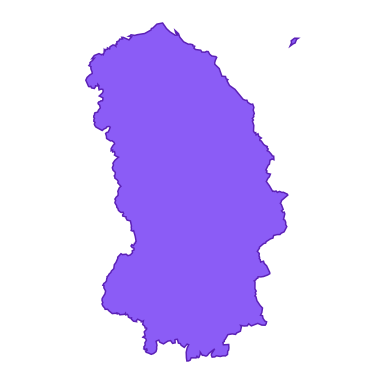 Annobon, Annobón, Equatorial Guinea
{"feature_id": "11065452B47830871634702", "entity_name": "Annobon", "entity_type": "district", "adm_level": 2, "iso_a3": "GNQ", "parent_name": "Equatorial Guinea", "parent_adm1": "Annobón", "projection": "albers", "projection_center": [5.634, -1.431], "detail": "fine", "context": "isolated", "style": "filled", "palette": "violet", "viewbox_px": 384, "rotation_deg": 0, "n_neighbors": 0, "source": "geoboundaries", "source_scale": "gbopen_adm2", "svg_char_len": 5965}
<svg xmlns="http://www.w3.org/2000/svg" viewBox="0 0 384 384"><path d="M105.1,309.3L107.6,309.3L108.8,310.7L112.3,313.6L115.3,313.3L117.2,313.8L117.1,313.0L118.9,313.7L119.8,314.8L124.8,314.3L125.5,313.3L125.8,314.9L127.4,314.4L128.1,315.4L128.4,317.1L130.3,318.1L131.5,317.9L131.4,319.2L133.5,321.2L136.6,321.7L136.3,320.7L137.7,319.2L141.1,320.9L141.3,321.9L143.4,320.8L142.7,324.5L144.7,326.2L145.1,328.0L146.6,328.1L146.7,329.0L144.2,331.9L145.2,335.9L143.5,336.5L142.9,337.3L144.3,337.6L145.8,338.8L146.4,340.2L144.9,342.8L145.2,345.0L143.8,347.0L144.4,348.3L143.8,348.9L144.9,349.7L146.7,348.9L147.1,350.3L145.6,351.2L146.2,352.3L148.4,353.0L151.2,354.3L153.6,353.5L156.0,351.6L156.7,349.0L156.6,346.9L157.0,345.3L156.1,341.3L156.8,340.9L158.8,340.1L159.8,342.2L163.5,343.9L167.9,341.1L170.6,340.6L172.6,343.4L175.2,342.8L174.9,339.8L175.9,339.4L177.4,339.3L178.4,343.1L180.3,343.6L181.2,345.3L184.3,347.4L187.1,344.1L188.7,344.7L187.1,348.2L186.2,352.2L186.4,357.9L186.9,361.0L188.6,360.9L190.1,360.2L191.2,357.8L196.1,357.9L197.0,356.3L198.1,357.7L199.0,357.2L200.3,354.0L200.3,352.3L202.3,355.3L203.6,355.3L206.0,356.1L207.4,355.4L208.8,353.5L214.7,348.8L211.4,354.0L211.4,355.4L212.1,357.1L214.8,356.9L216.4,355.8L220.3,356.5L222.9,355.8L225.5,355.9L227.5,354.5L227.7,351.1L228.6,350.1L228.9,347.9L228.7,344.5L223.4,344.8L222.9,342.5L224.3,341.5L224.3,340.1L225.1,339.4L227.9,334.6L232.3,333.9L235.6,334.4L236.6,333.0L240.4,331.2L241.4,326.8L240.6,325.4L244.1,326.0L247.3,325.8L248.7,323.8L251.3,325.9L257.8,323.4L261.8,325.1L265.2,325.2L266.1,323.8L266.6,321.8L264.8,321.0L263.0,318.3L262.5,315.7L260.5,315.2L261.8,312.6L262.5,308.0L260.2,305.6L256.9,300.7L256.0,296.9L254.9,295.9L255.9,294.3L255.3,292.4L256.2,291.1L254.9,288.8L255.0,281.9L254.2,280.9L255.6,280.0L256.7,278.5L257.8,278.2L258.1,276.8L260.9,276.9L263.6,276.5L267.6,275.0L269.8,273.7L269.7,272.4L266.6,265.8L264.2,263.4L263.5,261.2L260.7,262.0L260.2,259.5L259.3,258.6L259.6,257.2L259.0,255.9L259.3,253.5L257.3,251.3L259.4,248.3L259.4,247.2L263.7,243.5L265.6,243.1L266.2,241.6L270.6,238.8L272.9,238.1L273.6,235.5L277.0,234.6L280.0,234.5L281.2,233.2L284.1,231.8L286.8,226.6L285.7,224.6L285.7,222.2L284.8,220.1L283.5,219.5L284.8,213.9L284.2,212.1L283.0,212.5L281.5,210.9L283.2,209.4L281.3,204.4L280.3,203.3L281.3,201.7L281.4,200.6L287.8,195.1L287.4,194.2L283.5,192.3L281.8,192.4L279.5,191.4L277.4,192.4L276.1,191.0L274.2,191.5L273.5,191.1L272.6,191.3L269.3,185.6L266.3,181.5L268.0,178.2L269.3,176.9L270.4,174.1L267.4,173.4L266.4,172.2L267.0,171.0L265.9,169.9L268.2,165.2L269.4,164.2L270.0,160.2L272.1,159.0L273.9,159.7L273.7,156.2L272.2,155.8L271.6,154.6L268.9,151.5L267.2,150.7L268.2,149.0L266.9,147.6L267.3,146.5L265.2,145.6L263.6,144.4L261.3,141.0L259.9,140.5L259.8,139.1L261.3,138.0L258.8,136.4L258.0,133.8L256.1,134.9L255.7,132.6L254.7,132.9L253.5,131.2L253.8,125.4L252.4,121.1L253.4,120.0L252.3,118.5L253.8,116.7L253.5,115.2L254.3,113.6L253.2,110.1L253.9,107.4L252.7,104.1L251.0,104.4L247.8,102.4L246.9,100.2L245.4,100.3L243.1,99.3L235.0,89.4L229.5,85.5L227.0,80.8L227.9,79.6L226.1,78.8L225.5,76.5L221.9,76.2L219.2,68.5L214.8,64.3L214.7,62.5L215.4,60.2L216.7,57.4L215.8,56.6L211.8,56.0L209.7,54.3L208.2,51.6L206.4,51.4L205.2,52.2L201.9,52.1L200.7,50.2L195.5,49.5L193.9,48.1L194.7,46.5L194.7,46.2L192.8,45.8L192.7,44.7L190.2,44.1L188.3,44.2L183.6,41.8L179.8,37.2L178.5,33.7L175.1,30.5L175.8,33.1L178.0,35.0L175.2,35.2L170.0,31.9L166.5,28.6L162.6,23.0L156.9,24.1L152.8,28.1L151.4,28.5L151.0,30.0L144.7,33.5L137.2,34.7L134.8,35.4L131.0,34.8L130.2,35.7L128.8,36.3L131.6,36.9L129.0,39.9L123.3,37.4L121.8,37.3L122.5,38.9L119.6,39.2L119.0,40.8L116.8,41.8L117.0,43.0L116.3,43.5L116.8,44.3L115.6,45.0L115.8,46.2L114.5,45.2L113.0,44.9L110.0,46.8L109.6,48.9L107.5,47.9L107.5,49.3L105.9,49.4L105.2,50.7L104.3,49.6L104.1,52.6L103.2,54.8L102.2,54.2L101.5,54.8L99.0,53.6L94.3,55.5L91.9,58.7L94.3,58.3L92.5,60.5L90.4,62.2L89.9,62.9L90.2,63.9L88.9,65.6L91.0,66.6L90.8,67.5L91.0,69.2L92.1,71.9L92.2,73.5L89.7,75.0L87.1,77.4L85.8,80.2L88.6,86.5L89.7,86.7L90.8,86.3L91.5,87.9L94.3,88.5L95.6,86.6L95.6,85.8L97.7,86.0L97.8,84.3L99.0,85.7L98.7,87.9L99.1,89.9L101.2,89.1L102.8,89.4L103.2,91.3L102.4,93.0L99.2,96.0L102.9,97.8L102.9,99.4L102.5,100.7L100.7,100.9L100.3,101.4L98.8,101.9L98.0,103.0L98.4,104.1L99.6,105.1L100.3,107.9L98.4,110.2L97.7,112.1L94.9,112.8L94.5,113.9L94.5,115.0L93.9,115.6L93.7,117.2L94.5,118.2L94.0,119.2L93.8,121.3L95.0,122.3L94.3,124.1L94.9,125.6L96.0,127.1L102.2,130.5L104.3,128.8L105.9,128.2L107.1,126.7L109.0,126.4L110.2,127.2L109.2,130.0L108.0,132.2L106.6,132.5L105.6,133.5L106.4,136.1L106.6,138.5L110.4,140.9L111.9,140.7L114.0,142.3L114.6,143.9L113.2,145.2L111.2,148.4L111.1,150.8L112.6,150.1L112.7,152.0L114.5,151.6L115.0,153.8L114.4,155.0L116.2,156.2L118.5,157.2L114.9,160.3L112.9,163.3L113.5,165.0L112.3,167.7L113.0,170.1L115.3,172.4L115.1,174.8L114.2,175.9L114.9,177.0L114.8,178.0L117.4,180.1L118.2,181.4L117.8,182.9L120.9,186.3L119.3,187.8L117.8,191.3L118.2,193.3L118.0,195.5L116.2,197.1L114.9,199.1L115.6,200.3L114.9,202.8L116.6,205.6L116.9,207.5L117.9,208.4L118.3,210.1L119.5,211.4L121.1,212.5L123.0,212.2L123.6,213.6L122.6,214.9L122.7,216.0L126.1,217.0L126.0,218.1L127.1,220.1L130.4,220.9L131.5,226.2L131.2,226.9L131.5,229.1L131.1,230.5L132.7,231.1L133.6,230.7L135.2,236.2L136.1,241.4L135.5,242.0L135.5,243.0L134.4,243.4L134.3,244.3L133.4,245.5L131.9,244.6L131.0,246.0L132.2,247.5L134.0,248.2L134.0,249.9L132.2,250.8L132.5,252.7L130.4,254.9L127.9,255.7L126.2,254.2L122.4,254.6L121.0,253.7L117.7,257.2L117.8,258.2L116.0,262.4L114.3,264.7L113.8,268.7L111.4,271.0L110.8,272.5L109.0,274.2L108.4,275.6L107.0,276.7L107.2,277.8L106.8,278.4L106.4,281.1L105.2,282.5L103.8,283.5L102.9,285.3L103.9,285.5L103.9,287.9L105.6,291.0L105.0,293.8L102.2,298.4L102.0,300.2L102.8,302.7L102.0,303.9L102.8,305.8L104.8,308.3L105.1,309.3ZM290.1,46.1L293.2,43.8L295.1,43.0L296.5,39.4L298.2,38.3L294.6,38.2L291.2,40.8L291.5,42.9L290.1,46.1Z" fill="#8b5cf6" stroke="#5b21b6" stroke-width="1.5"/></svg>